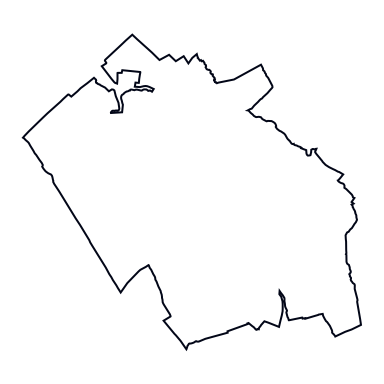 Focuri, Iasi, Romania
{"feature_id": "2599482B56275033874011", "entity_name": "Focuri", "entity_type": "district", "adm_level": 2, "iso_a3": "ROU", "parent_name": "Romania", "parent_adm1": "Iasi", "projection": "natural_earth1", "projection_center": [27.203, 47.342], "detail": "fine", "context": "isolated", "style": "outline", "palette": "ink", "viewbox_px": 384, "rotation_deg": 0, "n_neighbors": 0, "source": "geoboundaries", "source_scale": "gbopen_adm2", "svg_char_len": 5863}
<svg xmlns="http://www.w3.org/2000/svg" viewBox="0 0 384 384"><path d="M261.0,64.7L234.0,79.5L218.5,82.6L216.9,83.2L216.2,82.4L215.8,82.6L215.2,82.0L214.9,82.0L214.8,81.6L214.6,81.3L214.7,81.1L214.0,80.4L214.0,80.1L214.9,79.7L215.0,79.3L214.4,78.8L214.6,78.0L212.7,75.8L212.9,74.5L212.7,74.2L211.7,74.2L210.7,73.4L210.4,72.7L210.8,71.8L210.6,71.1L210.2,70.6L209.2,69.8L208.4,69.9L206.7,69.2L205.6,67.2L206.1,66.2L205.9,65.1L204.9,64.3L204.5,63.8L204.4,62.7L203.0,60.8L201.9,61.3L201.0,60.1L200.0,60.7L198.4,58.6L197.8,58.0L198.0,57.7L197.4,56.4L196.8,54.1L192.3,57.9L188.4,63.4L183.7,56.2L175.8,61.2L169.1,54.8L159.5,60.0L152.0,52.6L137.2,39.3L132.3,34.7L125.8,40.5L121.5,44.6L105.2,59.8L105.0,60.2L104.9,60.7L106.3,62.8L106.2,63.4L101.8,66.2L111.6,79.0L114.2,82.1L115.1,82.9L117.1,83.6L117.5,79.1L117.5,73.0L117.7,72.9L121.7,72.9L122.3,70.2L140.2,72.0L140.3,72.1L140.3,72.6L139.9,74.6L139.2,79.1L139.0,81.9L138.8,82.9L135.5,82.6L134.8,86.7L139.9,87.1L143.6,86.2L145.6,86.0L147.2,86.2L149.5,87.0L153.7,89.0L152.0,91.7L150.6,90.8L150.0,90.5L148.6,90.9L148.2,90.9L147.9,90.4L146.4,89.5L144.7,89.4L143.7,89.5L142.2,90.2L142.0,90.5L141.3,90.6L137.0,89.6L135.7,89.7L134.4,90.2L131.8,89.6L130.9,89.6L130.4,89.7L130.0,90.2L130.0,90.5L129.7,90.6L129.3,90.5L127.9,91.3L126.6,91.5L126.1,91.8L124.4,92.9L123.4,94.1L122.2,94.8L121.6,95.5L121.2,96.5L121.1,97.6L121.2,98.9L121.8,100.7L122.4,103.3L122.9,104.7L122.1,112.3L111.0,113.0L110.9,112.4L111.4,111.7L112.2,110.9L113.0,110.7L114.2,110.8L116.0,110.5L118.0,110.5L118.7,110.1L119.1,109.6L119.2,109.1L119.3,108.5L118.5,102.8L115.8,96.2L114.4,90.5L114.1,90.2L113.2,89.6L111.9,89.4L108.9,91.3L105.1,87.6L100.4,85.2L99.7,84.5L98.2,84.1L97.5,83.6L97.3,83.2L96.8,83.2L96.4,83.0L96.0,82.4L95.9,81.1L96.2,80.6L96.0,79.7L94.0,77.8L87.3,83.2L80.6,88.2L77.4,91.4L71.3,96.6L68.7,94.5L68.0,94.6L63.2,99.0L60.4,101.8L47.5,113.3L43.2,117.4L28.8,131.4L24.6,135.8L23.0,137.7L24.2,138.5L25.7,140.1L27.9,142.0L28.8,143.0L30.2,145.6L33.3,150.6L34.8,153.4L36.1,154.8L39.4,159.8L41.8,163.0L42.8,165.0L42.6,165.9L42.2,166.6L42.7,167.5L43.7,169.0L45.4,171.1L46.2,171.8L48.3,173.3L51.0,174.5L51.9,175.6L52.4,177.1L53.0,180.0L53.3,180.9L53.2,181.9L54.2,183.9L59.1,191.3L75.7,218.4L80.0,224.9L89.3,240.2L90.2,242.4L92.5,246.2L105.8,267.6L109.4,274.3L111.3,277.1L112.9,280.1L116.4,285.4L117.8,287.9L120.7,292.5L127.3,283.1L138.7,271.3L140.4,269.8L145.8,266.9L148.5,265.1L148.8,265.3L149.7,267.8L151.2,269.8L153.3,274.2L154.6,276.3L155.1,277.4L155.4,279.7L156.5,281.5L158.4,286.5L160.7,291.1L160.8,292.1L161.7,294.7L162.0,296.8L162.0,297.8L162.5,299.8L162.7,302.3L163.1,303.2L163.7,304.4L169.9,314.3L170.6,316.2L170.5,316.5L163.6,320.7L174.5,333.9L175.8,335.2L180.6,340.9L186.4,349.3L186.5,349.1L187.6,345.7L188.2,345.0L188.9,343.8L189.5,343.5L190.9,343.5L192.4,343.1L193.7,342.6L194.9,341.9L195.5,341.4L196.2,341.2L197.0,341.6L198.7,341.6L205.4,338.8L227.7,332.7L227.5,331.3L247.8,324.0L247.5,323.4L248.5,323.0L252.1,326.0L253.9,327.3L255.8,329.5L256.4,329.8L256.8,329.8L257.4,329.0L258.8,329.3L259.1,327.7L260.5,326.1L260.9,325.3L264.4,321.3L267.9,322.5L279.0,326.9L280.3,321.3L281.8,315.4L282.6,311.3L282.7,309.0L282.7,304.3L282.5,301.3L281.2,296.7L279.4,294.3L279.4,293.8L279.6,291.0L280.9,292.9L282.8,295.3L284.4,298.0L284.5,299.2L284.4,301.0L284.9,303.8L285.1,306.2L285.5,307.5L286.9,310.3L287.0,310.8L286.4,312.2L286.4,312.7L287.5,317.0L288.2,318.1L288.8,320.2L289.4,320.2L302.0,317.6L302.3,317.6L302.6,318.6L305.4,318.1L305.4,318.7L318.3,314.9L318.6,314.6L322.7,313.9L323.2,316.0L324.7,318.9L326.0,321.1L327.2,322.1L329.9,325.9L331.9,330.2L332.2,331.3L332.1,332.5L332.3,332.9L332.8,333.5L333.5,334.0L335.1,336.0L335.3,336.5L345.2,331.8L351.6,329.5L361.0,324.9L360.1,318.9L357.2,302.1L357.2,301.2L357.5,300.5L357.4,299.3L354.7,288.9L354.8,285.1L354.4,284.1L352.8,283.0L352.1,281.9L351.1,280.7L350.7,279.5L351.0,278.5L351.0,277.9L349.9,276.3L349.9,275.5L349.8,275.1L349.3,274.3L349.3,274.1L350.6,272.6L350.8,271.8L350.5,270.5L350.0,269.6L349.8,268.9L349.7,267.3L348.9,264.9L347.4,263.9L346.9,263.1L346.5,261.8L346.4,255.2L346.3,254.5L346.1,254.4L345.9,254.2L346.4,253.2L346.2,250.2L346.1,241.7L345.8,239.0L345.6,235.2L347.0,232.6L347.3,232.3L348.6,231.8L350.2,229.5L351.9,228.1L353.8,225.1L354.3,224.2L355.9,222.2L357.0,219.8L356.4,217.4L356.3,215.4L356.1,214.8L355.4,213.5L355.4,212.9L355.1,212.1L355.1,211.5L354.4,210.1L353.8,209.3L353.0,207.4L352.7,207.1L352.7,206.4L352.5,205.6L351.9,205.0L351.6,204.6L353.6,203.6L351.6,202.0L354.4,198.0L353.4,197.6L352.9,197.1L352.6,195.9L351.9,194.7L346.3,189.1L344.4,187.8L344.5,185.6L344.0,184.5L343.3,183.8L342.5,183.4L341.2,183.1L339.4,182.1L338.3,181.2L337.9,180.5L338.2,180.4L340.3,178.0L343.2,174.4L339.2,172.0L338.0,171.7L335.0,170.0L333.2,169.2L329.0,167.1L325.6,164.9L322.7,161.9L322.1,160.9L316.4,154.0L315.2,152.3L315.1,151.9L316.4,148.8L315.6,148.9L314.9,149.3L314.4,149.4L313.7,149.1L312.7,149.0L311.3,149.7L311.1,152.6L310.8,153.5L310.6,154.9L310.4,155.2L309.1,155.5L307.7,155.5L307.0,154.8L306.5,153.7L306.2,150.1L303.9,149.3L301.1,148.2L301.4,147.7L300.1,146.9L298.1,146.3L296.7,145.5L294.8,145.1L293.7,144.3L293.7,143.9L293.0,144.1L292.1,143.9L291.5,143.5L290.2,141.7L290.1,141.3L288.9,140.3L288.7,139.9L287.9,139.3L287.0,138.0L285.3,134.9L284.2,133.6L281.1,131.5L279.5,130.8L277.1,128.9L275.8,127.1L275.8,126.6L276.2,126.1L276.0,125.3L275.4,123.9L274.6,122.9L273.1,121.9L271.6,121.1L267.9,120.9L266.7,121.3L266.4,121.2L263.1,119.5L262.2,118.9L261.0,117.3L260.8,117.2L258.9,116.8L256.3,117.1L255.8,117.0L253.9,115.9L252.7,114.5L250.8,113.0L248.9,110.9L248.4,110.5L247.8,110.4L250.2,109.1L251.7,108.7L254.2,105.6L258.0,102.0L259.7,100.1L260.8,99.1L262.0,98.5L263.1,97.1L267.5,93.1L270.3,89.8L272.0,88.0L272.5,87.2L272.3,85.8L268.2,77.9L266.2,75.6L265.9,74.0L264.9,72.8L264.8,72.2L264.4,71.3L263.1,70.2L263.1,69.2L262.9,68.3L261.0,64.7Z" fill="none" stroke="#020617" stroke-width="2"/></svg>